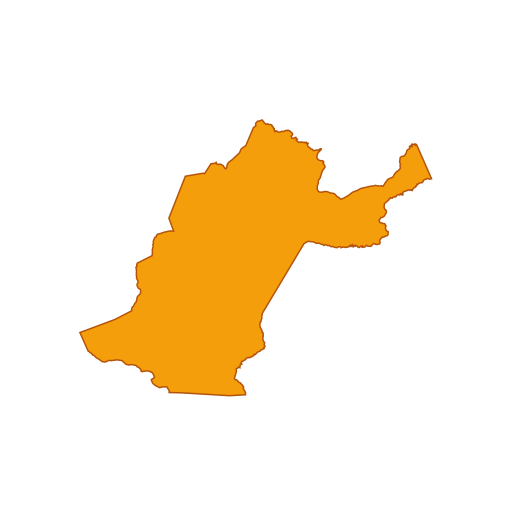 Chibabava, Sofala, Mozambique, rotated 66°
{"feature_id": "85939544B25886081823580", "entity_name": "Chibabava", "entity_type": "district", "adm_level": 2, "iso_a3": "MOZ", "parent_name": "Mozambique", "parent_adm1": "Sofala", "projection": "robinson", "projection_center": [33.963, -20.299], "detail": "fine", "context": "isolated", "style": "filled", "palette": "amber", "viewbox_px": 512, "rotation_deg": 66, "n_neighbors": 0, "source": "geoboundaries", "source_scale": "gbopen_adm2", "svg_char_len": 6099}
<svg xmlns="http://www.w3.org/2000/svg" viewBox="0 0 512 512"><g transform="rotate(66 256 256)"><path d="M256.8,64.2L220.1,64.0L219.8,64.3L220.0,64.9L219.8,65.4L219.3,65.3L219.0,64.5L218.2,65.3L218.2,66.9L217.2,68.0L217.2,68.4L217.8,68.6L218.5,68.5L219.6,68.8L219.5,69.2L218.2,69.8L218.3,71.1L218.5,71.4L220.2,71.6L220.6,74.3L221.1,75.3L223.3,77.2L224.7,79.5L224.9,80.7L224.3,82.2L224.7,84.2L228.4,86.5L230.7,86.7L231.7,87.5L234.5,88.4L235.3,89.8L235.9,91.5L236.0,92.9L237.2,95.7L239.6,98.8L239.5,103.6L239.8,104.8L241.5,107.9L243.9,111.3L243.8,111.8L242.9,112.6L242.6,114.4L239.9,118.6L239.8,120.5L239.0,122.2L236.9,133.1L237.3,136.3L237.0,141.7L238.1,146.1L238.8,151.6L238.8,154.7L238.4,155.6L236.5,156.3L234.6,157.9L232.1,158.5L230.5,159.5L228.6,162.5L226.5,164.4L225.8,165.4L224.7,167.9L224.8,168.8L223.9,171.2L223.2,172.1L222.3,172.8L219.9,172.9L217.5,171.9L214.7,169.4L212.5,168.4L210.8,165.7L206.0,161.5L204.6,159.8L203.2,157.1L202.8,156.8L201.1,156.4L198.7,157.1L198.3,156.9L197.9,155.9L196.7,156.0L196.0,156.5L195.0,158.5L194.2,159.4L192.1,160.4L190.8,160.4L188.5,159.0L186.9,157.2L185.2,153.1L184.5,152.9L184.2,153.9L184.7,156.0L183.8,157.5L183.4,160.1L182.9,160.7L181.5,161.1L180.6,162.4L179.3,162.7L177.3,163.9L176.1,164.0L174.6,163.1L174.4,162.6L174.1,162.7L173.8,164.1L173.2,164.2L173.0,163.5L172.7,163.5L172.6,164.8L171.7,165.6L172.0,166.0L171.8,166.3L170.4,167.8L170.5,168.7L169.7,169.6L169.3,171.1L168.5,171.2L166.6,172.2L166.3,172.0L166.1,170.8L165.2,171.4L163.8,171.3L163.6,172.2L163.9,173.7L163.1,175.2L160.8,175.1L160.5,174.0L159.5,172.9L157.5,173.3L156.2,174.2L155.3,174.3L154.0,175.8L154.2,176.7L153.5,177.3L153.3,179.1L153.6,180.1L152.5,181.9L152.6,183.5L152.3,184.0L152.1,185.2L150.6,185.9L149.9,186.6L149.8,187.1L150.2,187.7L150.0,188.3L149.0,188.0L148.2,188.2L147.1,187.4L145.9,188.1L144.7,187.9L143.6,188.5L142.7,188.4L141.9,189.1L141.2,190.6L139.9,191.6L139.9,193.2L138.6,193.6L137.8,194.4L136.6,194.4L135.9,194.8L134.8,194.7L134.1,195.4L134.2,197.4L133.5,199.5L134.1,201.3L134.9,202.5L137.2,203.4L137.6,206.0L151.0,220.4L152.1,225.9L155.1,229.2L158.6,239.5L159.1,242.5L160.6,245.0L163.0,246.6L164.1,248.1L163.0,248.8L160.0,249.3L157.7,251.1L156.6,254.0L155.9,254.3L154.3,254.4L154.9,255.2L154.2,256.7L154.2,257.8L153.7,258.2L153.8,258.8L153.4,259.6L159.7,269.2L159.8,269.7L158.9,270.5L154.4,288.1L186.0,320.2L199.8,321.1L198.3,324.0L197.8,325.7L196.8,330.8L196.6,334.3L196.0,337.2L196.9,338.7L198.0,339.5L197.8,340.3L198.1,341.2L200.7,343.8L203.0,344.8L203.5,345.5L205.2,345.9L208.4,348.4L210.0,348.9L213.4,350.7L214.2,367.3L215.5,368.6L216.9,368.9L217.5,370.3L218.8,370.4L219.0,370.7L221.2,371.3L222.5,372.1L223.7,372.3L224.3,373.0L226.4,373.4L227.2,374.0L228.0,374.2L230.8,374.0L232.3,374.6L233.3,376.1L234.7,376.7L237.6,376.6L239.3,375.3L240.3,375.3L242.8,376.5L243.5,377.3L244.8,380.8L247.1,382.6L249.1,383.9L249.8,385.8L251.9,388.1L252.5,390.0L252.9,390.4L253.8,391.2L255.5,391.8L256.6,410.6L254.3,448.0L274.8,448.0L275.0,447.5L276.5,447.0L278.3,445.8L279.8,445.7L280.9,444.4L283.9,443.4L285.3,442.2L290.0,439.4L291.4,437.2L291.6,435.3L291.4,433.2L292.7,430.8L294.3,425.3L296.6,421.6L297.3,420.8L301.2,419.3L302.5,418.3L303.9,416.4L304.4,414.2L305.3,412.7L307.3,410.1L309.0,409.5L310.1,408.5L312.7,407.4L313.4,407.3L314.2,407.9L314.8,407.6L315.5,406.6L315.7,405.2L316.9,401.6L319.7,398.6L321.8,397.9L325.3,398.0L325.9,398.8L326.3,401.9L328.2,402.2L330.6,402.0L333.3,400.6L336.9,397.8L337.2,397.1L337.6,394.4L339.3,390.7L343.9,390.1L345.4,390.9L350.8,379.5L372.9,336.9L378.5,322.0L376.3,321.1L371.6,321.5L371.2,320.9L370.4,320.6L368.5,320.9L365.3,322.1L364.7,322.8L363.4,323.3L363.2,323.6L362.4,323.5L360.9,324.4L360.5,325.3L360.0,325.6L358.7,325.3L353.6,320.9L351.0,319.9L350.9,318.2L350.4,317.2L350.6,316.8L351.5,316.2L349.1,314.8L348.9,312.9L347.9,313.3L346.4,311.8L346.9,311.1L346.4,309.2L346.4,307.9L345.6,306.4L345.4,304.4L346.2,303.8L346.0,302.8L346.3,302.4L346.1,301.6L346.4,300.8L346.0,299.9L346.1,298.5L345.5,298.2L345.1,297.5L345.7,296.8L345.6,296.4L344.4,293.6L344.6,291.3L343.9,289.5L343.9,286.3L342.8,286.2L342.7,285.2L342.0,284.5L340.3,284.7L338.7,283.3L337.6,283.8L335.3,283.7L333.2,282.9L332.4,282.1L329.8,281.0L328.5,280.9L328.3,281.4L327.6,281.4L326.7,280.9L322.5,281.1L320.6,280.6L318.4,279.2L317.9,278.7L318.1,278.4L315.0,275.9L313.2,275.2L312.1,274.2L311.0,273.6L264.2,207.1L263.7,202.7L266.3,198.1L267.7,196.6L269.1,195.7L269.6,193.6L272.3,191.1L272.5,190.2L274.0,189.8L273.9,187.7L275.8,186.1L275.8,185.3L278.3,183.3L278.5,182.0L280.2,180.5L281.4,178.4L281.2,176.2L282.2,175.0L283.0,175.0L283.2,172.7L284.6,170.8L284.8,170.3L284.6,169.5L285.1,169.0L285.3,166.8L284.6,166.3L285.1,165.5L284.6,164.8L285.3,164.6L285.9,165.0L285.9,164.3L285.3,163.4L286.3,163.8L287.3,163.5L287.2,163.1L286.2,162.8L286.3,162.2L287.3,161.6L286.7,160.7L287.3,160.3L287.6,160.5L288.3,159.4L289.5,159.2L290.1,158.5L290.2,157.9L289.6,156.5L290.1,156.1L290.0,154.7L290.5,154.5L291.3,155.3L292.0,153.1L291.2,150.6L292.4,150.0L293.8,147.3L293.8,146.5L292.8,144.9L292.4,143.3L294.2,141.8L294.7,140.8L295.2,138.7L294.9,137.7L294.4,137.2L292.4,136.9L291.2,135.6L290.1,132.9L290.7,131.6L290.5,129.6L290.8,128.1L290.6,127.3L290.1,126.7L287.7,125.4L287.1,125.6L286.2,126.5L284.0,126.6L282.9,126.4L282.3,125.6L281.7,125.5L281.0,124.9L280.4,125.5L279.3,125.1L278.5,125.7L278.3,126.3L276.3,128.6L275.6,129.1L273.7,129.2L273.2,128.9L272.9,128.0L271.7,126.4L272.1,125.0L271.8,122.8L269.8,119.8L268.6,118.8L267.3,118.5L265.6,119.3L263.6,119.2L260.4,117.4L258.7,111.7L257.7,110.4L258.0,109.7L257.6,109.3L258.6,108.0L258.1,106.9L258.3,105.0L258.8,104.3L258.5,103.5L257.8,103.0L257.7,102.6L257.7,101.0L258.5,100.4L258.7,100.0L258.6,99.3L257.9,98.6L258.5,98.1L259.3,98.1L259.9,97.0L259.4,96.5L258.4,96.8L257.7,96.1L257.3,94.0L257.7,91.7L257.6,89.7L258.6,88.7L258.5,87.7L258.7,87.1L258.9,86.9L259.4,87.1L259.7,86.7L258.8,85.7L257.9,83.6L257.9,82.2L257.1,81.4L257.3,80.9L256.6,80.1L255.9,79.9L256.3,78.7L255.9,77.8L256.0,75.9L256.6,74.3L255.8,72.9L254.9,72.0L254.7,70.1L255.0,69.5L254.7,68.7L255.4,67.1L256.5,66.1L256.8,64.2Z" fill="#f59e0b" stroke="#b45309" stroke-width="1.5"/></g></svg>